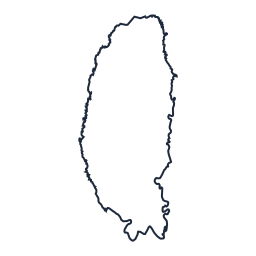 Múgica, Michoacán, Mexico
{"feature_id": "50627088B21289458615422", "entity_name": "Múgica", "entity_type": "district", "adm_level": 2, "iso_a3": "MEX", "parent_name": "Mexico", "parent_adm1": "Michoacán", "projection": "equal_earth", "projection_center": [-102.107, 18.967], "detail": "fine", "context": "isolated", "style": "outline", "palette": "slate", "viewbox_px": 256, "rotation_deg": 0, "n_neighbors": 0, "source": "geoboundaries", "source_scale": "gbopen_adm2", "svg_char_len": 5749}
<svg xmlns="http://www.w3.org/2000/svg" viewBox="0 0 256 256"><path d="M176.7,76.4L176.6,75.7L176.3,75.2L174.6,74.4L173.3,74.1L172.4,72.8L172.0,72.5L171.7,71.5L172.2,69.4L170.6,68.5L170.6,66.9L169.3,65.5L168.8,64.4L167.2,62.4L165.7,59.8L165.7,59.2L166.3,58.5L166.0,58.1L165.1,57.8L165.1,57.1L165.3,56.6L166.7,55.3L166.7,54.7L164.9,54.4L165.6,52.6L165.3,51.9L163.8,52.0L163.5,51.8L163.5,51.3L164.2,50.1L164.0,47.5L164.6,45.8L164.6,45.0L163.3,44.5L163.5,42.2L163.1,40.5L164.2,39.5L163.8,37.4L164.0,36.7L164.8,35.5L166.9,34.3L167.0,33.7L166.3,33.2L164.7,33.9L163.9,33.7L163.6,32.7L163.4,29.6L162.9,28.8L163.0,26.9L162.7,26.8L161.9,27.3L161.6,27.0L161.7,26.4L162.6,25.2L162.7,24.6L162.1,24.1L161.0,24.4L161.0,23.9L162.0,23.4L162.2,22.6L161.9,22.4L159.9,22.6L159.9,21.8L160.5,20.6L159.2,20.6L159.0,18.4L158.3,18.4L158.1,17.7L157.7,17.0L155.5,17.0L155.0,16.7L154.9,15.7L153.0,15.4L152.3,16.6L152.0,16.6L151.9,16.1L151.1,15.5L146.9,17.7L145.9,17.6L145.2,16.4L140.5,18.2L134.4,16.7L127.6,24.7L126.1,24.9L120.5,23.8L118.6,25.6L117.1,25.5L116.6,25.7L116.2,26.6L115.3,26.9L114.6,28.9L114.3,30.3L114.1,30.7L113.2,30.8L112.4,32.5L111.6,32.8L111.1,33.3L110.6,35.6L110.4,35.7L109.4,35.1L108.8,36.0L108.9,37.2L109.7,38.6L109.3,39.8L110.2,40.1L110.0,40.6L110.3,42.0L110.3,42.3L109.8,42.4L109.4,43.7L108.8,44.1L109.0,44.4L108.7,45.4L108.1,46.1L106.9,47.0L106.4,47.1L105.6,46.6L105.3,46.9L105.3,47.3L105.0,47.5L104.6,46.6L103.6,46.8L103.1,47.3L102.5,46.5L102.0,47.8L100.7,48.2L100.6,49.4L100.2,49.6L99.8,50.8L99.5,52.5L99.4,52.7L98.6,52.6L98.4,52.8L98.2,54.6L97.8,54.6L97.3,55.0L96.2,55.5L95.0,59.4L95.5,61.0L95.6,60.9L95.7,62.0L95.4,62.2L95.4,63.2L95.9,64.2L96.5,63.8L96.7,64.0L94.6,70.4L93.9,70.1L93.8,67.9L92.8,71.0L93.4,71.9L93.6,73.4L93.0,75.0L92.0,74.5L90.5,75.7L90.6,76.6L89.1,79.9L89.6,81.8L88.1,87.8L88.2,89.5L88.0,89.9L88.3,90.9L89.2,91.8L89.7,93.0L90.2,93.1L91.1,92.6L91.1,93.1L90.6,94.5L90.1,94.9L90.4,96.6L90.0,96.7L89.5,97.3L90.6,99.1L90.3,99.4L89.3,98.8L88.1,98.7L88.1,100.4L87.8,102.2L87.5,102.8L86.3,103.8L86.3,104.2L87.5,104.3L87.6,104.7L87.4,105.4L86.6,106.4L85.8,106.5L86.3,107.7L86.7,107.6L86.9,109.8L85.5,110.4L85.7,110.9L86.7,111.5L85.4,113.3L85.8,113.7L86.6,115.1L85.4,116.1L86.2,117.1L86.1,118.2L85.5,118.4L83.9,118.0L83.5,118.2L83.2,118.7L83.4,119.6L84.1,119.4L85.2,120.1L85.3,120.5L84.9,121.8L83.9,122.0L83.7,122.3L83.2,124.6L82.7,125.7L84.3,126.1L84.4,127.0L82.3,128.8L82.8,131.5L82.6,131.8L81.8,131.4L81.6,131.6L81.5,134.3L81.9,135.5L83.6,136.9L83.0,137.5L82.6,138.4L82.1,138.6L81.1,139.9L79.8,138.4L79.5,138.6L79.3,139.1L79.4,140.9L80.9,141.2L80.8,141.8L80.2,142.4L80.3,144.2L80.9,144.9L80.9,145.5L81.7,148.3L81.5,150.6L82.5,151.4L81.8,152.6L81.9,153.4L82.6,154.4L82.4,155.8L82.5,156.9L83.6,157.9L85.0,160.7L85.9,160.1L86.3,160.4L85.4,161.5L86.2,161.9L86.4,162.4L86.2,163.7L87.1,163.9L87.6,166.2L87.1,167.8L86.4,168.8L86.0,168.8L85.9,169.4L86.1,170.0L86.4,170.1L86.9,170.9L86.5,171.7L86.0,171.9L86.9,172.2L87.9,173.2L87.9,173.6L87.3,174.6L87.4,174.9L89.1,175.0L88.6,175.9L88.0,175.6L87.6,176.2L88.6,177.1L89.2,177.3L89.7,178.7L89.1,178.9L88.9,179.6L91.0,179.9L91.0,181.5L92.4,182.2L92.4,182.9L92.8,183.2L94.3,186.1L95.0,186.5L94.7,186.7L94.8,187.4L96.3,189.7L96.4,192.3L95.7,193.5L96.8,195.6L98.2,197.8L98.5,199.5L98.4,201.1L98.6,201.6L99.5,203.1L100.7,204.0L101.3,204.8L102.7,207.6L103.7,208.2L104.5,209.6L105.0,209.6L105.0,210.4L105.3,210.4L105.6,209.6L106.2,210.8L106.9,208.8L107.8,208.0L108.5,208.0L109.6,208.6L113.6,211.6L114.2,211.8L116.5,213.8L117.9,214.3L120.0,216.8L121.4,219.9L123.1,221.2L124.2,221.3L127.1,221.0L129.2,220.1L130.3,220.0L131.0,220.6L131.1,222.2L130.7,223.1L130.3,223.5L128.4,224.1L126.9,225.5L124.7,229.3L124.4,231.1L124.6,232.0L125.1,232.6L126.8,232.6L127.8,233.1L129.4,237.7L130.1,238.8L132.0,240.5L133.3,240.6L135.4,239.0L137.6,234.5L138.0,231.9L138.2,231.6L140.4,231.9L144.0,234.1L145.1,234.0L147.7,229.4L148.6,227.4L149.5,226.4L150.3,226.6L151.9,228.6L154.1,232.6L157.3,236.3L159.8,238.2L160.6,238.6L163.2,238.5L163.9,237.8L164.0,236.5L163.8,235.9L162.6,234.6L162.4,233.4L162.8,234.0L163.7,234.3L164.2,230.1L165.0,229.3L164.6,228.4L164.7,227.5L164.9,227.1L165.4,226.8L165.5,227.9L165.8,228.9L165.5,231.0L166.2,230.6L166.6,228.9L167.1,224.2L166.7,220.9L163.9,217.2L163.7,215.6L164.2,214.6L164.9,214.0L165.6,213.8L166.9,214.3L167.6,214.1L169.2,211.0L168.8,209.7L168.0,209.3L167.3,209.6L164.9,211.5L163.2,211.9L162.9,211.6L162.6,210.9L162.6,207.9L163.2,206.9L164.6,206.6L165.2,206.1L165.3,205.7L166.5,206.4L167.4,205.9L168.1,204.2L168.2,202.3L167.7,201.8L164.6,200.9L163.3,200.1L162.1,197.4L161.9,196.0L162.3,188.2L161.9,187.7L161.3,187.4L161.0,187.5L160.2,188.6L159.8,188.5L159.5,187.6L159.7,185.5L159.4,184.6L158.8,183.8L156.9,184.0L155.7,183.2L154.8,181.9L154.7,180.4L155.1,179.2L156.3,178.0L158.5,178.4L160.1,178.0L161.9,175.0L164.2,170.0L165.1,169.3L166.7,166.8L168.1,166.5L167.8,164.7L168.3,163.7L169.1,162.9L170.9,162.2L171.1,161.9L168.7,154.1L168.4,152.4L168.2,150.9L169.3,147.5L169.0,145.9L168.0,144.4L167.0,144.2L166.9,143.9L167.0,143.3L167.8,142.3L168.4,142.1L169.4,142.2L169.6,141.8L168.2,139.9L168.6,138.8L169.4,138.4L168.7,136.4L168.6,134.9L169.0,134.0L170.4,132.9L170.8,132.2L171.0,131.0L170.9,130.5L169.8,128.5L169.6,127.0L170.6,122.2L171.2,120.6L171.2,120.0L170.6,119.0L169.2,118.7L168.9,118.4L168.4,117.5L168.3,116.5L168.6,115.7L169.2,114.9L171.7,116.1L172.6,115.9L173.1,115.1L172.9,108.5L173.2,107.1L173.9,105.6L174.1,103.4L173.9,102.4L173.5,102.1L173.3,101.6L173.8,100.5L174.7,99.6L175.0,98.3L174.3,97.9L173.1,99.5L171.9,99.6L171.2,98.4L171.1,96.1L170.3,94.8L170.1,93.5L170.9,92.5L171.7,90.3L171.6,87.6L172.0,85.8L171.5,83.8L171.7,82.8L172.2,82.3L172.2,81.7L171.7,80.2L173.4,79.2L173.4,78.5L173.0,77.6L173.4,76.7L174.1,75.9L176.7,76.4Z" fill="none" stroke="#1e293b" stroke-width="2"/></svg>